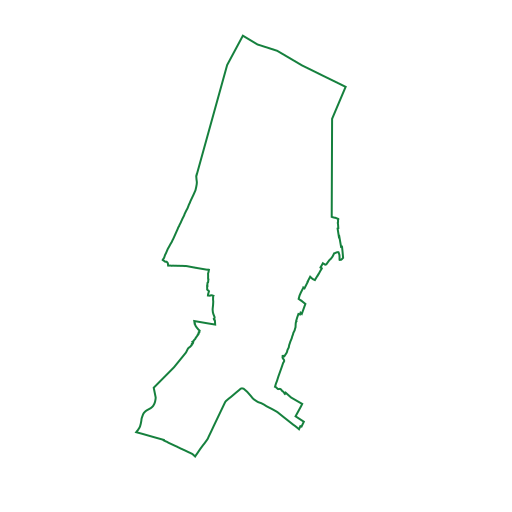 the district of Castricum, Noord-Holland, Netherlands, rotated 105°
{"feature_id": "6326949B28698094502949", "entity_name": "Castricum", "entity_type": "district", "adm_level": 2, "iso_a3": "NLD", "parent_name": "Netherlands", "parent_adm1": "Noord-Holland", "projection": "natural_earth1", "projection_center": [4.708, 52.56], "detail": "fine", "context": "isolated", "style": "outline", "palette": "green", "viewbox_px": 512, "rotation_deg": 105, "n_neighbors": 0, "source": "geoboundaries", "source_scale": "gbopen_adm2", "svg_char_len": 5942}
<svg xmlns="http://www.w3.org/2000/svg" viewBox="0 0 512 512"><g transform="rotate(105 256 256)"><path d="M403.7,166.9L400.6,176.3L389.9,173.7L388.5,173.4L386.9,173.1L386.0,176.6L383.6,185.5L380.4,191.9L381.0,192.0L381.8,192.4L381.7,192.6L381.2,193.1L380.8,193.4L380.2,194.3L379.8,195.1L379.7,195.5L379.5,195.9L379.3,196.2L378.5,197.2L378.4,197.5L378.2,198.1L378.2,198.7L378.7,199.7L378.8,200.2L378.8,200.4L378.7,200.7L378.2,201.6L377.8,202.4L377.7,202.6L377.5,203.0L377.4,203.8L373.9,203.7L371.3,203.4L366.5,203.2L360.4,202.7L357.9,202.5L355.3,202.3L353.5,202.2L352.2,202.1L351.3,201.8L350.5,201.7L350.2,201.6L349.9,201.7L349.6,201.8L349.1,202.1L348.8,202.4L348.0,203.5L347.2,204.1L345.6,204.4L345.4,203.9L345.3,203.4L345.4,203.2L345.7,202.8L345.6,202.7L343.8,202.1L341.7,201.4L340.4,201.2L339.0,201.3L337.2,201.0L336.0,200.7L333.5,200.9L330.6,200.7L329.9,200.7L328.6,200.5L326.3,200.2L324.2,200.2L322.5,200.0L320.3,200.0L319.2,199.7L317.4,199.4L316.9,199.5L314.8,199.4L314.3,199.4L314.1,199.5L313.6,199.6L311.3,200.1L310.0,200.3L309.6,200.3L308.6,200.0L308.3,200.4L308.2,200.4L304.6,200.3L301.0,200.0L301.1,198.4L299.3,198.3L300.1,196.8L289.5,195.9L287.9,199.6L287.5,200.6L287.4,200.6L287.3,200.9L287.4,201.0L286.4,203.7L282.9,203.7L281.6,203.5L279.6,203.2L274.5,202.1L274.2,202.1L274.7,200.8L267.5,199.3L267.4,199.5L262.0,198.3L263.0,196.5L263.6,195.1L263.7,194.6L264.0,192.9L262.2,192.4L258.4,191.3L258.5,191.2L257.5,190.9L253.7,190.0L251.0,189.2L250.9,189.2L250.8,189.3L250.6,189.9L250.5,190.7L250.4,190.8L248.8,190.3L245.7,189.5L246.0,188.8L246.1,188.0L246.5,186.9L246.0,186.1L245.8,185.9L242.9,184.8L241.6,184.3L240.7,183.9L240.1,183.5L239.2,182.9L236.7,181.9L233.2,181.2L232.9,180.6L231.9,179.4L231.3,178.5L231.1,177.8L231.0,177.3L231.1,177.2L233.1,175.9L233.7,175.6L236.5,174.7L237.2,174.6L237.5,174.5L238.1,174.2L237.6,172.8L236.6,172.1L235.2,171.4L229.2,173.6L225.6,175.0L224.8,175.3L224.6,175.5L225.1,176.2L215.6,180.6L216.0,180.9L208.3,184.3L207.8,183.7L203.8,185.1L202.9,185.6L202.7,185.6L202.3,185.5L202.1,185.5L200.3,186.0L199.8,186.1L199.0,186.0L198.9,186.1L198.7,188.0L198.6,188.6L198.5,189.1L198.6,189.5L198.7,190.3L198.7,190.7L198.7,191.1L198.7,191.8L198.6,193.0L103.8,218.0L69.4,213.2L69.1,214.8L64.4,238.7L60.0,260.9L52.3,288.7L51.3,309.3L46.6,325.7L79.0,333.3L194.0,334.3L193.9,334.4L194.3,334.4L197.4,333.3L199.3,332.5L200.5,332.1L202.4,331.8L205.0,331.6L207.6,331.5L208.3,331.5L212.8,332.2L215.0,332.6L219.4,333.4L220.6,333.6L221.3,333.6L221.8,333.7L223.8,334.1L225.0,334.2L226.7,334.4L227.7,334.5L230.1,335.1L233.7,335.8L235.0,335.9L235.4,335.9L239.5,336.8L239.9,336.8L242.0,337.2L243.0,337.3L246.2,338.0L247.0,338.0L248.5,338.5L249.8,338.6L259.3,340.1L261.1,340.4L261.8,340.6L262.9,340.8L264.2,341.0L266.6,341.7L270.4,342.6L271.0,342.8L272.3,343.1L276.7,343.7L278.4,344.1L281.5,344.3L283.0,344.8L283.7,345.1L284.0,345.1L284.2,344.5L284.7,343.0L285.0,342.4L285.0,342.2L284.9,341.6L284.7,341.3L284.7,341.0L284.7,340.8L285.1,340.2L285.3,339.8L286.0,339.2L286.4,339.0L287.3,338.7L288.0,338.4L287.3,335.6L287.3,334.9L287.2,334.7L286.9,334.0L286.6,332.7L284.3,323.3L284.2,323.0L284.2,322.5L284.1,322.0L283.9,321.5L283.7,320.4L283.1,312.5L283.0,312.1L283.1,311.7L283.0,311.2L282.9,310.8L282.9,310.2L282.1,301.7L282.0,300.4L281.7,299.1L281.5,298.3L281.5,297.9L284.2,297.7L285.2,297.8L288.3,296.9L289.6,296.6L290.2,296.4L290.6,296.3L290.8,295.9L291.9,295.8L292.9,295.6L293.8,295.5L294.2,295.8L294.6,295.9L295.0,295.8L295.9,295.6L296.7,295.5L296.9,295.4L296.9,295.5L297.0,295.6L298.9,295.1L299.7,294.8L300.8,294.6L301.1,294.4L301.3,294.1L301.5,293.8L301.7,293.0L301.8,292.8L302.2,292.5L302.3,292.3L305.4,292.4L306.6,292.2L306.4,290.8L306.3,290.4L306.1,290.0L305.6,289.3L305.5,289.0L305.4,288.4L305.4,287.8L305.5,286.9L305.8,287.0L305.9,286.9L306.0,286.9L306.8,286.8L309.2,286.2L311.1,285.5L314.4,284.8L318.2,284.2L319.1,284.0L321.5,283.1L323.2,282.1L324.4,281.2L324.5,281.1L325.9,280.1L327.3,280.1L327.6,280.2L327.7,280.4L327.9,280.3L327.6,279.9L328.7,279.3L329.0,279.0L332.8,277.7L333.5,284.6L334.8,298.8L337.1,297.8L337.0,297.6L338.2,297.0L339.0,296.3L339.4,296.0L340.6,294.5L341.5,293.2L341.9,292.7L342.7,291.1L343.5,291.1L343.9,291.3L343.9,291.2L344.2,291.2L344.4,291.0L346.7,291.8L346.8,291.5L349.3,292.5L350.8,293.1L351.2,293.1L351.4,293.1L351.9,293.3L353.4,294.1L354.1,294.2L355.2,295.1L355.3,294.9L355.5,294.6L355.7,294.4L355.9,294.3L356.1,294.4L356.3,294.5L356.5,294.4L356.8,294.4L357.0,294.5L356.9,294.6L357.0,294.7L357.2,295.1L357.4,295.1L357.7,295.3L357.8,295.3L359.0,295.1L359.6,295.6L360.4,295.9L360.7,296.1L361.9,297.1L362.9,297.7L363.7,297.9L366.7,298.5L367.7,298.8L384.7,306.4L409.7,320.7L418.6,316.3L419.0,316.2L420.1,316.0L422.5,315.8L423.3,315.8L424.5,315.9L424.8,315.9L427.3,316.5L428.1,316.9L428.8,317.3L430.2,318.3L433.3,321.5L434.1,322.2L435.1,322.9L435.9,323.3L436.6,323.7L438.2,324.1L441.8,324.4L442.9,324.4L445.0,324.1L447.9,323.9L449.9,323.9L450.7,323.9L452.2,324.2L453.7,324.7L454.7,325.0L455.9,325.6L457.2,326.1L457.2,319.9L457.4,307.7L457.5,297.8L457.8,297.9L458.0,297.4L458.4,295.2L458.5,294.1L458.9,292.7L459.1,291.9L460.0,286.7L460.1,286.2L460.4,284.4L460.6,282.9L460.8,282.4L461.0,281.1L461.5,278.8L461.6,277.9L461.7,277.2L461.8,276.8L462.2,274.3L462.8,271.2L463.0,270.2L463.1,269.3L463.7,266.3L464.0,265.6L465.4,262.9L463.8,262.4L462.0,261.7L457.0,260.0L452.4,258.2L450.4,257.3L446.2,255.7L445.0,255.3L442.4,254.9L436.6,253.8L431.5,252.9L406.2,248.2L404.8,247.9L403.9,247.5L403.0,246.9L400.8,245.4L398.6,243.7L393.1,239.9L389.6,237.4L388.2,236.5L387.7,235.8L387.5,235.2L387.4,234.5L387.4,233.6L388.9,230.5L389.5,229.3L392.5,224.8L394.2,222.5L395.0,221.0L395.7,219.0L396.3,217.2L396.6,216.0L396.8,212.9L397.1,211.5L397.5,209.7L398.2,207.6L398.5,206.5L399.1,203.7L399.4,202.2L399.9,200.0L400.9,196.1L401.3,194.8L403.5,189.8L404.3,188.0L406.4,183.1L409.3,176.4L410.1,174.2L411.7,170.6L412.2,169.6L408.9,169.1L409.0,167.9L403.7,166.9Z" fill="none" stroke="#15803d" stroke-width="2"/></g></svg>